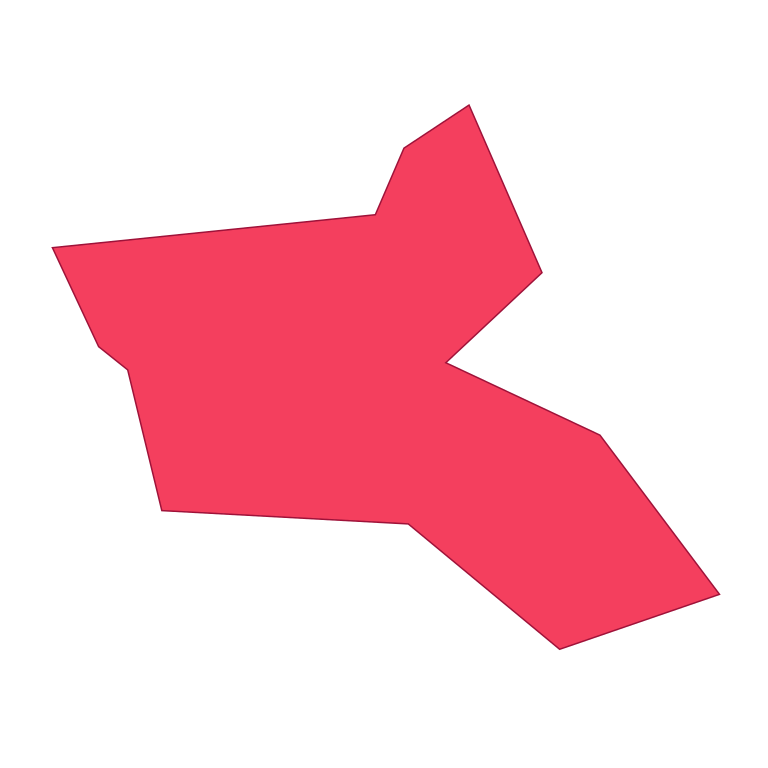 the district of Colonial Heights, Virginia, United States of America, rotated 87°
{"feature_id": "52423323B35608412080263", "entity_name": "Colonial Heights", "entity_type": "district", "adm_level": 2, "iso_a3": "USA", "parent_name": "United States of America", "parent_adm1": "Virginia", "projection": "albers", "projection_center": [-77.399, 37.266], "detail": "fine", "context": "isolated", "style": "filled", "palette": "rose", "viewbox_px": 768, "rotation_deg": 87, "n_neighbors": 0, "source": "geoboundaries", "source_scale": "gbopen_adm2", "svg_char_len": 337}
<svg xmlns="http://www.w3.org/2000/svg" viewBox="0 0 768 768"><g transform="rotate(87 384 384)"><path d="M331.8,667.0L356.5,639.2L498.8,612.5L525.0,367.1L658.1,222.5L611.6,60.0L446.4,171.0L366.0,321.2L281.1,220.4L109.9,284.5L149.5,351.7L214.5,383.8L230.5,708.0L331.8,667.0Z" fill="#f43f5e" stroke="#9f1239" stroke-width="1.5"/></g></svg>